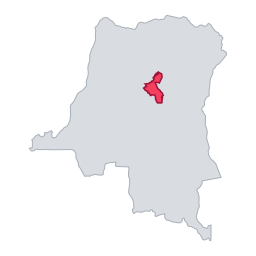 Opala, Orientale, Democratic Republic of the Congo (highlighted)
{"feature_id": "63176286B48725841971461", "entity_name": "Opala", "entity_type": "district", "adm_level": 2, "iso_a3": "COD", "parent_name": "Democratic Republic of the Congo", "parent_adm1": "Orientale", "projection": "natural_earth1", "projection_center": [24.381, -0.71], "detail": "fine", "context": "in_parent", "style": "filled", "palette": "rose", "viewbox_px": 256, "rotation_deg": 0, "n_neighbors": 0, "source": "geoboundaries", "source_scale": "gbopen_adm2", "svg_char_len": 6609}
<svg xmlns="http://www.w3.org/2000/svg" viewBox="0 0 256 256"><path d="M221.1,177.4L202.0,180.9L202.3,182.2L202.1,183.5L201.6,184.5L199.7,187.3L196.8,189.8L196.8,190.4L198.2,193.2L199.1,197.1L198.9,203.9L199.3,205.7L199.2,207.2L198.2,208.8L196.2,216.9L197.5,220.9L201.3,224.6L203.5,227.4L207.2,228.3L207.8,228.2L208.1,225.9L211.0,225.0L211.0,239.6L210.7,240.5L210.2,240.6L209.5,240.2L209.3,238.8L208.5,238.2L204.8,240.0L203.9,239.9L202.9,239.6L202.2,238.9L202.0,237.8L199.4,233.5L198.2,233.2L196.8,229.4L191.1,226.6L188.9,226.4L187.7,225.5L186.6,222.5L184.7,220.6L184.3,218.4L183.9,218.1L182.7,218.5L181.7,221.9L180.4,222.7L178.1,222.8L172.2,221.8L168.0,220.1L166.9,220.2L165.2,218.6L164.6,216.0L164.9,214.0L164.6,213.7L158.2,215.4L156.7,216.4L155.2,216.2L154.8,215.6L155.4,214.2L155.1,212.7L154.6,212.0L152.7,211.5L152.1,209.8L151.0,209.6L150.6,209.8L150.3,210.9L149.6,211.3L145.8,210.8L141.8,212.2L136.5,211.8L134.0,213.5L133.6,213.5L133.0,212.6L132.5,209.8L132.8,209.1L133.6,208.5L133.9,207.4L133.6,204.6L133.8,203.9L133.5,202.2L132.7,199.6L131.6,197.5L129.2,194.3L128.7,192.7L128.9,189.1L129.7,183.4L129.6,179.2L128.6,176.4L128.4,173.5L129.0,168.2L128.4,166.9L116.2,166.4L115.7,166.0L115.5,165.3L116.0,162.1L108.6,162.9L106.4,163.5L105.0,164.8L104.6,166.5L104.6,168.8L103.4,171.0L103.1,174.7L101.1,175.1L99.0,175.1L95.1,174.3L91.3,175.4L89.4,176.4L88.4,175.9L84.9,176.3L84.5,176.0L80.5,168.6L78.7,166.2L78.4,165.0L78.5,163.8L78.0,162.3L76.2,158.5L75.9,156.8L75.9,154.0L75.7,153.1L74.0,150.7L72.9,149.9L71.7,149.5L51.9,149.8L45.3,149.4L40.6,149.7L38.1,149.5L37.4,149.1L35.3,149.6L34.1,150.6L32.4,151.1L31.3,150.9L29.3,148.2L32.1,147.7L32.3,147.4L32.4,140.9L31.7,140.0L33.2,138.8L35.6,135.9L37.9,134.9L38.2,134.3L38.8,134.3L39.6,135.6L41.7,137.1L44.2,135.7L44.4,135.4L44.8,132.5L45.4,132.3L46.5,132.9L47.1,132.9L48.2,132.1L51.4,130.7L52.4,132.5L51.5,134.1L51.9,135.3L52.0,137.1L52.5,137.5L55.1,137.7L55.8,137.2L60.8,130.8L62.1,130.0L64.3,127.5L67.1,126.3L68.3,124.3L69.9,120.7L70.6,115.5L70.3,106.4L70.6,105.2L74.0,101.2L77.5,93.8L79.8,91.9L81.6,91.1L84.3,88.4L86.5,85.7L86.2,82.4L86.7,79.7L87.9,76.3L88.3,72.7L87.9,68.8L88.1,65.7L89.7,60.7L89.8,54.9L91.3,50.1L94.2,44.0L95.6,39.5L95.3,35.0L95.7,31.7L95.6,29.7L95.0,28.0L95.3,27.0L96.4,26.5L97.8,24.8L100.2,20.4L102.9,18.3L104.7,17.6L106.6,17.6L107.9,18.0L109.9,19.8L112.2,21.2L113.9,22.9L115.6,25.6L119.8,26.1L121.5,27.1L122.6,27.5L123.0,27.2L123.9,27.4L125.8,28.2L127.3,27.7L135.0,29.5L135.8,28.6L138.0,24.0L139.6,22.4L142.2,22.3L144.2,23.1L145.3,23.1L154.6,19.2L155.8,19.0L159.2,19.9L161.4,19.3L162.3,19.5L164.3,18.8L165.8,16.0L167.1,15.4L180.5,18.4L182.6,16.9L183.6,16.7L186.6,17.8L187.5,19.5L189.3,21.0L190.6,23.4L192.6,24.7L193.6,26.0L194.8,26.9L197.2,27.2L200.3,25.0L202.5,25.3L204.7,26.4L205.5,26.4L207.1,25.1L208.0,23.8L208.8,23.5L210.1,24.1L211.2,25.3L212.1,27.2L215.5,31.3L218.8,33.1L219.6,35.6L220.8,35.4L221.3,35.6L222.2,37.2L222.8,37.5L222.9,38.2L222.1,39.7L221.3,42.6L222.3,44.4L221.5,47.0L221.1,49.6L222.1,50.3L223.5,50.3L224.7,51.6L225.7,51.9L226.7,53.3L226.5,54.6L223.3,58.9L218.5,64.2L216.9,64.9L216.0,65.9L215.4,67.4L214.0,68.7L212.9,69.3L212.9,73.1L211.2,77.1L210.6,77.9L209.7,84.4L209.9,85.5L209.0,90.8L209.1,95.8L206.8,97.3L205.2,99.7L204.5,101.4L204.5,105.4L201.9,107.9L201.7,108.5L202.3,111.3L203.3,111.7L203.3,112.7L205.5,115.7L205.3,125.1L205.4,126.0L206.6,128.2L207.3,132.5L206.5,137.9L209.4,147.8L208.1,151.4L208.7,154.9L210.4,158.5L214.5,162.1L215.6,163.6L216.6,165.5L217.6,168.6L221.1,177.4Z" fill="#d9dde1" stroke="#a8b0b8" stroke-width="1"/><path d="M155.9,99.7L156.0,99.9L156.2,100.5L156.4,100.9L156.5,101.5L156.7,101.9L156.8,102.0L157.3,102.4L157.5,102.9L161.5,102.9L161.9,102.7L161.8,102.4L162.0,102.3L162.0,102.2L162.0,101.9L162.0,101.7L161.9,101.7L161.8,101.4L161.8,101.2L161.8,100.9L161.9,100.7L162.0,100.4L162.1,100.1L162.1,99.9L162.2,99.7L162.2,99.4L162.2,99.2L162.0,98.8L161.9,98.6L162.0,98.5L161.9,98.5L161.8,98.4L161.8,98.2L162.1,98.0L162.1,97.6L162.2,97.4L161.9,97.3L161.9,97.2L161.8,96.9L161.7,96.9L161.7,96.7L161.8,96.4L162.0,96.3L162.1,96.2L162.3,96.1L162.5,96.1L162.9,95.7L163.0,95.5L163.2,95.4L162.9,95.0L162.8,94.4L162.6,93.6L162.4,93.2L161.8,92.7L161.3,92.2L160.9,91.7L160.4,91.0L159.8,90.2L159.1,89.6L158.2,89.0L158.0,88.9L157.9,88.5L157.6,88.0L157.3,87.7L157.1,87.4L157.1,87.2L156.9,86.6L156.7,86.1L156.5,85.2L156.3,84.9L156.1,84.7L155.7,84.1L155.6,83.3L155.3,82.9L155.2,82.6L155.5,82.6L155.5,82.4L155.8,82.3L156.0,82.3L156.3,82.3L159.0,82.8L159.3,83.0L160.8,79.9L161.2,79.0L161.7,78.1L161.9,77.6L162.0,77.4L162.0,77.2L162.0,75.8L161.9,75.0L161.7,74.7L161.7,74.3L161.7,74.2L161.5,73.8L161.4,73.6L161.2,73.6L160.6,73.5L160.3,73.2L159.2,72.7L158.9,72.5L158.8,72.4L158.6,73.0L158.4,73.2L158.3,73.3L158.1,73.9L158.0,74.2L157.9,74.2L156.9,74.9L156.7,75.0L156.4,74.9L156.5,74.8L156.5,74.6L156.7,74.4L156.9,74.1L157.1,74.1L157.3,74.0L157.5,74.0L157.8,73.7L157.7,73.2L157.6,72.9L157.6,72.6L157.4,72.8L157.2,73.0L156.9,73.3L156.5,73.3L156.1,73.4L155.8,74.1L155.8,74.4L155.7,74.7L155.6,75.5L155.1,75.1L154.8,74.5L154.8,74.9L154.6,76.1L154.6,76.3L154.5,76.6L154.4,76.7L154.4,76.8L154.5,77.0L154.4,77.1L154.2,76.9L153.9,76.8L153.8,77.0L153.7,77.1L153.3,77.6L153.1,77.8L153.1,78.0L153.3,78.2L153.7,78.8L153.8,78.9L153.9,79.0L154.0,79.1L154.1,79.4L154.1,79.6L153.1,80.5L152.9,80.7L152.9,80.8L152.8,81.0L152.7,81.0L152.2,81.0L151.7,81.1L151.5,81.3L151.6,81.6L151.8,82.2L151.6,82.2L151.3,82.3L151.1,82.3L150.9,82.4L150.7,82.3L150.4,82.5L150.2,82.6L149.9,82.7L149.6,82.6L149.4,82.7L149.2,83.0L148.8,83.5L148.7,83.6L148.1,83.8L147.7,83.8L147.3,83.8L146.7,83.8L146.3,83.8L146.3,83.7L146.2,83.7L145.9,83.9L145.5,84.0L145.2,84.0L145.3,84.1L145.4,84.3L145.5,84.4L145.6,84.5L145.7,85.0L145.8,85.3L145.9,85.6L146.0,85.7L146.1,85.9L146.2,86.0L146.4,86.1L146.5,86.2L146.5,86.5L146.3,86.5L146.1,86.6L145.9,86.7L145.7,86.7L145.5,86.8L145.4,86.9L145.1,86.9L145.0,87.0L144.9,87.1L144.7,87.2L144.5,87.3L144.4,87.4L144.3,87.5L144.3,87.9L144.3,88.0L144.2,88.1L143.8,88.0L143.6,88.1L143.9,88.5L144.0,88.6L144.1,88.8L144.5,89.2L144.6,89.3L144.8,89.5L144.9,89.9L145.1,89.9L145.3,90.1L145.5,90.2L145.8,90.5L146.1,90.8L146.5,91.0L146.8,91.1L147.0,91.2L147.3,91.2L147.6,91.2L147.8,91.7L147.9,92.0L147.8,92.3L147.7,92.8L147.8,92.9L148.0,92.9L148.5,93.0L148.8,93.1L149.2,93.4L149.3,93.4L149.3,93.7L149.5,93.9L149.6,94.1L149.7,94.4L149.8,94.6L150.2,94.8L150.3,94.8L150.4,95.2L150.6,95.6L150.8,95.6L151.0,95.4L151.3,95.3L151.4,95.2L151.5,95.2L151.8,95.0L151.9,94.9L152.0,94.8L152.6,95.0L154.1,95.0L155.0,95.0L155.1,95.8L155.3,96.2L155.4,97.2L155.6,98.6L155.5,98.9L155.7,99.1L155.9,99.7Z" fill="#f43f5e" stroke="#9f1239" stroke-width="1.5"/></svg>